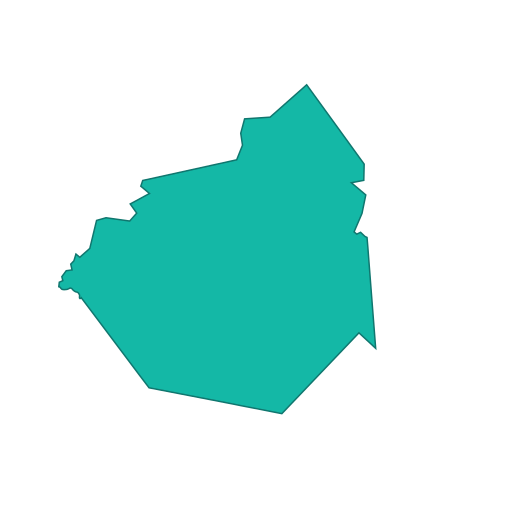 outline of Warren, Kentucky, United States of America, rotated 305°
{"feature_id": "52423323B42850275456699", "entity_name": "Warren", "entity_type": "district", "adm_level": 2, "iso_a3": "USA", "parent_name": "United States of America", "parent_adm1": "Kentucky", "projection": "robinson", "projection_center": [-86.485, 36.983], "detail": "fine", "context": "isolated", "style": "filled", "palette": "teal", "viewbox_px": 512, "rotation_deg": 305, "n_neighbors": 0, "source": "geoboundaries", "source_scale": "gbopen_adm2", "svg_char_len": 1045}
<svg xmlns="http://www.w3.org/2000/svg" viewBox="0 0 512 512"><g transform="rotate(305 256 256)"><path d="M252.9,119.9L247.1,121.6L246.1,132.9L226.5,123.1L222.7,133.7L212.2,132.5L201.3,111.2L193.7,105.0L166.9,115.5L153.9,112.4L154.3,107.4L147.6,109.6L143.1,108.9L139.1,113.3L135.1,109.0L127.7,108.8L125.0,111.9L121.7,109.9L117.7,112.1L118.0,113.1L117.9,113.9L117.6,114.7L117.4,115.8L117.5,116.4L117.9,117.3L118.5,118.3L120.2,120.3L121.0,120.9L123.2,122.1L123.7,123.5L123.6,124.1L123.2,125.6L123.1,126.7L123.1,127.8L123.2,128.7L123.8,130.3L123.9,131.4L123.6,132.3L122.9,133.7L122.0,134.5L121.3,134.8L120.4,135.5L120.2,136.2L120.8,136.8L121.6,136.8L91.4,229.3L86.7,244.0L121.7,322.4L124.6,329.1L129.2,339.4L141.7,367.6L252.1,384.4L249.0,407.0L294.2,369.8L327.8,342.2L334.9,336.3L334.5,334.0L335.4,328.1L331.7,326.0L332.0,322.5L351.7,318.4L369.0,310.9L370.7,292.1L379.8,300.9L393.3,291.9L408.4,248.3L425.3,199.3L377.8,187.9L361.8,168.0L347.8,173.1L339.0,181.4L323.7,185.0L252.9,119.9Z" fill="#14b8a6" stroke="#0f766e" stroke-width="1.5"/></g></svg>